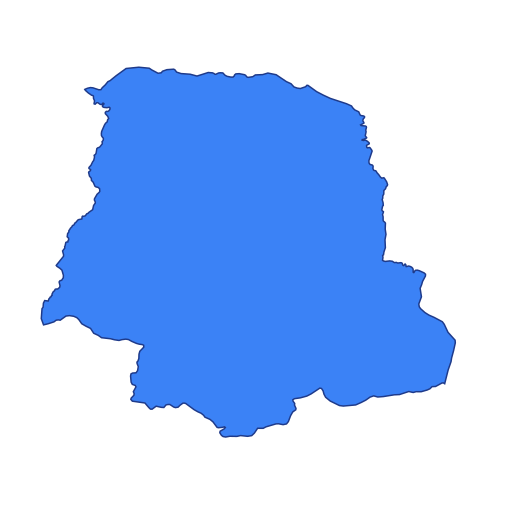 outline of Xaysathan, Xaignabouri, Laos, rotated 276°
{"feature_id": "54806243B87801553975082", "entity_name": "Xaysathan", "entity_type": "district", "adm_level": 2, "iso_a3": "LAO", "parent_name": "Laos", "parent_adm1": "Xaignabouri", "projection": "natural_earth1", "projection_center": [101.39, 19.388], "detail": "fine", "context": "isolated", "style": "filled", "palette": "blue", "viewbox_px": 512, "rotation_deg": 276, "n_neighbors": 0, "source": "geoboundaries", "source_scale": "gbopen_adm2", "svg_char_len": 5948}
<svg xmlns="http://www.w3.org/2000/svg" viewBox="0 0 512 512"><g transform="rotate(276 256 256)"><path d="M165.3,51.9L166.9,56.4L169.4,62.0L171.3,64.0L171.8,66.2L171.7,68.0L176.4,73.3L177.2,76.7L177.0,81.0L176.0,84.2L174.3,86.4L170.4,89.8L168.4,94.3L166.7,99.0L162.2,102.7L160.6,107.4L158.6,110.9L158.5,120.1L157.9,123.9L157.7,128.6L158.8,131.4L159.7,135.1L159.6,137.9L158.1,141.4L156.6,146.2L156.1,149.1L156.0,152.3L155.5,153.6L153.6,153.9L149.1,150.4L146.2,149.9L141.9,150.2L139.3,149.6L138.0,148.7L136.6,149.0L133.7,150.5L129.6,150.2L127.3,148.9L126.7,145.5L125.7,144.0L123.5,143.8L117.5,145.0L115.4,146.4L114.6,149.5L113.3,150.3L108.2,148.2L106.4,149.2L104.7,149.1L101.6,146.7L100.3,146.5L98.7,148.2L98.2,160.9L94.1,165.2L92.7,167.0L92.8,168.7L96.2,172.4L95.6,177.6L95.7,180.2L98.5,182.1L99.1,183.9L99.3,185.9L97.2,189.9L96.8,191.7L97.5,194.3L99.7,196.1L102.0,198.7L102.2,200.1L102.0,201.5L96.7,210.5L95.0,214.4L93.9,217.8L92.1,220.6L90.4,222.0L88.7,227.3L86.5,230.6L81.5,235.2L81.3,236.7L82.2,240.9L82.8,242.5L82.3,243.4L80.8,242.5L78.0,238.6L76.4,238.5L74.0,240.4L73.0,242.1L72.8,244.7L74.0,248.8L74.6,255.9L75.8,259.4L75.8,266.5L76.9,270.5L79.7,272.9L84.8,275.6L85.4,281.2L87.1,283.7L91.1,293.4L91.5,295.9L91.1,300.6L92.2,303.9L94.7,305.5L100.8,307.1L104.7,308.8L107.2,311.6L108.6,311.7L111.7,309.9L113.4,309.9L115.4,308.1L116.8,307.6L118.1,309.1L119.6,315.0L122.0,321.2L124.6,325.2L131.3,333.3L131.1,335.0L128.9,336.8L125.6,338.1L122.8,340.0L119.5,345.0L116.0,354.6L115.9,358.5L118.3,370.7L121.3,375.9L124.1,380.2L127.6,384.2L129.2,387.7L128.5,391.8L129.5,397.3L132.4,408.0L133.2,413.2L137.2,422.1L136.7,426.6L137.8,429.4L138.3,434.5L140.6,440.2L142.1,442.8L144.5,444.8L145.0,448.2L149.1,454.2L149.4,455.6L148.7,457.0L162.7,459.0L171.3,461.0L175.1,461.2L182.6,462.4L190.5,463.3L193.1,462.8L200.2,454.9L207.8,450.3L210.1,448.2L213.6,439.5L215.3,434.2L217.4,429.9L220.8,425.2L222.5,423.7L225.3,422.9L232.7,424.8L241.0,422.6L244.7,423.7L248.1,424.3L253.8,426.6L255.6,426.5L256.8,424.9L258.5,419.8L258.8,418.0L258.5,416.2L257.6,415.4L256.1,414.8L256.0,414.3L256.3,414.0L258.9,413.7L260.1,413.2L261.2,411.9L261.8,410.2L262.0,408.8L261.2,406.9L261.2,406.4L262.8,406.0L263.6,405.1L261.9,403.9L262.0,403.3L262.5,402.8L264.0,402.2L264.4,401.5L264.5,400.7L263.8,397.7L264.3,396.2L263.9,394.6L264.1,393.8L265.0,392.2L265.1,389.5L264.1,385.1L264.4,383.4L264.9,382.3L267.8,382.4L269.8,381.9L270.5,382.7L273.4,382.8L277.8,383.8L285.6,382.6L291.1,383.0L296.2,381.7L302.2,381.3L303.0,380.6L304.0,379.1L304.8,378.7L308.3,378.3L310.4,377.5L312.7,378.1L313.4,378.1L314.1,376.9L315.0,376.3L318.8,376.7L319.6,377.3L322.3,376.8L325.3,375.6L326.7,376.0L329.1,375.8L330.9,376.6L334.5,376.3L336.4,377.8L338.7,378.3L339.6,379.2L340.7,379.4L343.4,378.2L346.2,376.0L347.2,375.0L346.6,372.9L347.5,371.5L349.8,369.5L351.5,367.6L352.8,366.7L353.3,366.1L353.4,364.7L353.8,363.9L355.6,363.0L356.8,363.2L357.9,362.9L358.6,362.2L359.0,359.8L360.3,358.7L362.5,358.3L372.4,360.5L373.2,360.2L375.4,358.3L375.8,357.7L375.2,355.4L375.5,354.9L377.2,354.4L377.8,354.6L379.2,356.7L379.7,356.9L380.3,356.7L381.7,354.9L382.5,353.2L382.6,352.1L382.1,350.9L382.3,349.4L382.9,349.5L383.1,350.5L384.5,353.0L384.9,353.6L385.3,353.7L386.7,352.3L387.3,352.1L391.0,352.5L392.6,352.0L395.6,352.4L396.3,352.1L396.7,351.2L396.7,346.9L397.3,346.3L399.4,349.4L400.1,349.3L401.5,348.2L402.2,348.1L403.7,348.4L404.8,349.3L405.7,349.5L406.3,348.9L406.5,348.5L406.7,345.6L407.2,344.8L410.1,343.1L411.7,338.8L413.6,336.6L415.2,335.3L416.9,330.1L420.5,313.5L423.0,306.2L425.8,299.1L431.1,289.9L431.1,288.8L429.5,287.6L427.2,282.6L427.3,279.4L428.1,276.1L431.0,272.8L432.6,268.0L438.4,257.1L439.2,248.7L437.1,243.6L436.0,236.4L434.0,234.1L432.9,229.9L432.9,228.7L433.4,227.9L434.6,226.8L435.1,225.7L435.6,220.2L435.0,216.9L433.9,215.8L432.9,215.6L431.5,214.4L431.3,212.3L431.7,208.3L432.6,206.2L434.6,203.9L434.5,201.3L434.1,199.6L432.5,197.0L432.5,196.1L433.2,194.9L433.6,193.5L433.5,189.3L428.8,178.5L429.9,171.5L429.6,162.4L430.6,157.8L432.6,156.0L433.2,154.7L432.0,147.9L430.0,143.7L428.3,142.6L427.5,139.5L430.2,132.8L431.6,130.2L431.5,119.7L428.9,107.2L420.7,98.1L415.1,92.5L413.9,90.5L410.4,88.2L407.3,85.5L405.2,84.4L404.9,82.3L406.2,76.3L406.2,73.7L405.2,70.8L403.8,68.3L402.9,69.0L400.6,72.2L398.7,75.7L398.5,77.1L398.0,77.6L395.8,77.9L393.7,79.1L392.7,79.2L390.8,79.0L390.3,79.2L390.2,80.2L391.8,81.5L391.9,82.0L391.9,82.8L390.5,85.2L390.5,86.3L390.7,86.9L392.0,87.7L392.0,88.3L391.7,88.8L391.3,88.9L389.4,87.6L388.7,87.7L388.2,88.3L387.9,89.3L387.9,92.2L388.6,94.5L387.9,95.4L386.3,95.3L384.8,94.3L384.3,93.5L384.2,92.0L383.1,91.1L381.8,91.3L379.5,93.9L377.4,95.1L376.0,94.2L373.9,94.0L372.3,92.5L370.4,91.6L363.8,89.5L361.6,89.4L359.7,89.7L358.5,90.5L357.2,91.8L356.5,92.0L355.1,91.9L353.4,90.9L352.7,91.3L351.5,91.4L348.3,89.4L347.6,88.6L347.1,87.4L346.2,86.5L341.4,86.2L340.1,85.6L339.5,84.7L339.0,84.5L338.3,84.9L337.0,85.0L334.1,84.6L332.6,83.7L329.0,82.4L326.7,80.7L326.0,80.6L325.5,80.8L324.6,82.5L323.6,82.4L322.1,80.9L321.6,80.8L318.1,82.0L316.0,84.1L314.0,84.4L312.3,86.4L308.6,88.5L308.0,89.6L307.7,91.8L306.6,93.4L304.0,93.9L302.9,93.4L300.8,91.5L296.1,89.4L294.8,89.4L293.0,90.5L291.8,90.6L289.3,89.2L285.0,88.7L281.9,85.2L280.8,84.4L280.2,83.2L278.2,82.1L277.5,80.6L277.5,79.3L277.0,79.0L274.6,78.9L273.7,75.9L273.2,75.1L270.4,73.2L269.6,72.2L268.8,72.1L267.7,71.5L267.1,70.3L265.9,69.9L264.0,68.4L262.8,68.0L261.9,67.3L260.2,67.3L258.6,66.3L255.4,66.2L254.2,67.7L252.5,68.0L251.8,67.5L250.3,67.4L250.0,65.9L249.4,65.4L246.2,65.1L245.4,64.7L243.9,65.0L240.8,63.1L237.1,64.5L235.6,64.6L225.8,58.3L224.9,59.1L223.3,62.2L221.6,64.5L216.6,66.5L214.2,66.6L211.5,65.2L211.0,63.7L209.6,62.9L205.9,64.2L204.3,64.0L202.4,62.2L202.2,60.3L201.8,59.7L200.5,59.3L199.1,58.0L196.7,57.1L195.5,57.3L195.1,56.7L194.1,56.5L193.6,55.6L192.7,55.3L191.9,54.6L189.5,54.0L189.6,50.5L186.9,49.5L182.8,49.6L181.3,48.7L171.3,49.0L165.3,51.9Z" fill="#3b82f6" stroke="#1e3a8a" stroke-width="1.5"/></g></svg>